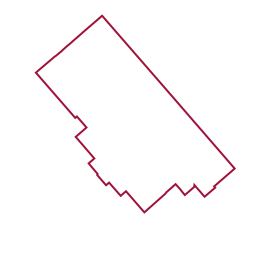 Iron, Utah, United States of America (Natural Earth projection), rotated 49°
{"feature_id": "52423323B18827245636092", "entity_name": "Iron", "entity_type": "district", "adm_level": 2, "iso_a3": "USA", "parent_name": "United States of America", "parent_adm1": "Utah", "projection": "natural_earth1", "projection_center": [-113.349, 37.812], "detail": "fine", "context": "isolated", "style": "outline", "palette": "rose", "viewbox_px": 256, "rotation_deg": 49, "n_neighbors": 0, "source": "geoboundaries", "source_scale": "gbopen_adm2", "svg_char_len": 613}
<svg xmlns="http://www.w3.org/2000/svg" viewBox="0 0 256 256"><g transform="rotate(49 128 128)"><path d="M26.3,73.9L26.2,97.7L26.3,116.8L26.2,121.4L26.3,126.0L26.4,128.3L26.2,135.4L26.0,136.9L26.0,138.4L26.0,138.5L25.8,156.1L25.8,161.2L85.8,161.2L85.8,159.0L100.4,159.0L100.4,173.3L102.9,173.3L128.9,173.4L128.9,180.9L142.8,181.1L143.3,182.1L156.8,182.1L156.8,178.1L174.4,178.0L174.4,171.0L202.4,171.0L202.1,143.1L201.7,141.3L201.6,128.9L207.5,128.8L215.9,129.1L215.9,116.7L214.6,115.3L230.1,115.3L230.2,101.3L228.6,101.3L228.6,74.1L128.5,73.9L26.3,73.9Z" fill="none" stroke="#9f1239" stroke-width="2"/></g></svg>